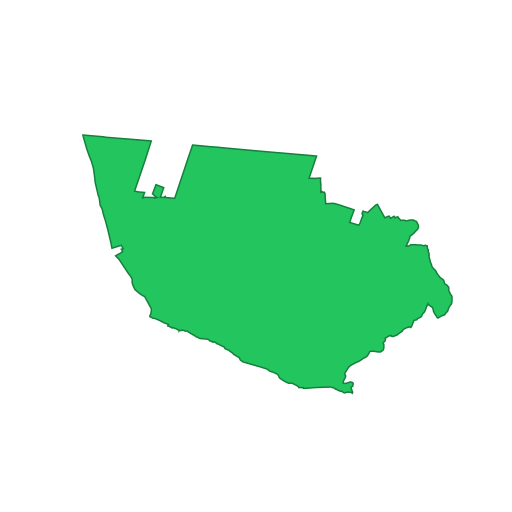 outline of Mihai Viteazu, Cluj, Romania, rotated 197°
{"feature_id": "2599482B370661987664", "entity_name": "Mihai Viteazu", "entity_type": "district", "adm_level": 2, "iso_a3": "ROU", "parent_name": "Romania", "parent_adm1": "Cluj", "projection": "albers", "projection_center": [23.722, 46.539], "detail": "fine", "context": "isolated", "style": "filled", "palette": "green", "viewbox_px": 512, "rotation_deg": 197, "n_neighbors": 0, "source": "geoboundaries", "source_scale": "gbopen_adm2", "svg_char_len": 6038}
<svg xmlns="http://www.w3.org/2000/svg" viewBox="0 0 512 512"><g transform="rotate(197 256 256)"><path d="M456.9,321.1L456.0,319.5L449.2,309.0L445.1,303.4L441.2,298.6L438.5,294.5L437.3,292.6L435.9,289.8L432.8,283.0L431.5,279.7L424.4,267.5L424.0,267.5L423.0,265.7L421.7,263.1L419.9,259.0L416.9,256.0L413.6,250.4L410.1,245.4L405.2,237.5L397.8,224.8L397.2,223.4L396.0,221.3L388.0,226.8L385.1,224.3L386.8,223.1L384.7,221.3L386.8,218.7L388.4,217.2L390.3,215.1L386.5,213.0L386.3,213.0L372.6,201.7L370.4,200.3L368.2,198.2L367.6,197.5L366.7,194.4L366.2,193.6L365.3,192.2L362.7,189.3L361.8,188.4L355.2,185.6L350.6,184.6L340.8,175.1L340.1,173.0L339.9,171.8L339.7,169.6L339.9,168.5L340.0,168.0L339.9,167.1L339.7,166.9L336.3,166.4L335.7,166.4L334.6,166.7L332.4,166.5L329.6,166.2L324.3,165.2L319.8,165.0L320.0,163.3L318.2,163.4L317.2,163.0L316.3,163.0L315.4,162.6L315.1,162.7L314.3,163.2L314.0,163.3L313.0,163.0L311.2,163.1L310.6,162.9L309.7,162.9L308.6,162.4L307.4,162.5L307.4,162.1L307.2,162.4L305.0,163.2L304.4,163.8L302.4,163.5L301.4,163.5L301.0,163.7L300.3,164.1L300.0,164.2L298.9,163.8L298.2,163.4L297.5,163.5L295.8,162.8L293.9,162.5L292.8,162.1L292.2,162.1L291.5,161.8L290.4,161.6L289.6,161.2L288.3,161.3L286.5,160.8L284.6,160.8L284.0,161.0L283.4,161.3L282.6,161.2L282.0,161.5L278.3,162.2L277.0,162.2L275.0,161.2L273.2,161.4L272.6,160.9L271.7,161.1L270.9,161.7L270.3,161.5L269.5,161.5L269.1,161.3L268.8,161.3L268.2,160.8L267.9,160.7L266.0,160.7L263.2,160.1L262.7,160.1L262.1,159.9L261.6,160.0L261.2,159.8L260.6,159.8L260.2,159.6L259.5,159.5L258.8,158.5L258.3,158.3L254.8,157.9L254.3,157.9L252.9,157.2L252.2,157.1L251.4,156.7L251.0,156.7L250.3,156.4L248.5,155.4L242.1,153.8L240.7,152.0L237.5,150.9L219.2,151.2L212.7,151.1L211.2,150.8L209.7,150.0L207.1,149.8L205.9,149.9L202.7,149.5L201.1,149.1L200.3,148.8L199.7,148.4L198.1,146.5L197.2,146.0L192.7,144.7L189.9,144.1L187.7,143.9L186.5,144.1L184.6,144.9L184.1,144.9L183.3,144.7L179.9,144.2L177.9,143.7L177.0,143.2L176.5,142.7L172.4,143.9L172.1,143.3L169.5,144.1L161.1,147.4L151.1,150.9L147.9,151.9L147.1,152.4L145.8,152.6L143.8,152.4L142.7,152.7L142.4,152.7L141.8,152.2L141.2,151.9L140.7,151.9L140.3,152.2L138.6,151.6L138.0,151.5L137.2,151.6L135.9,151.3L135.4,151.4L134.7,151.7L134.3,151.6L133.7,151.5L132.7,151.0L131.4,151.0L130.8,151.2L129.6,152.1L129.0,152.4L126.0,153.3L125.0,153.3L123.8,152.9L123.7,154.0L124.3,154.7L125.2,155.9L126.0,156.7L126.6,158.1L126.6,158.4L126.4,158.7L125.4,159.6L125.4,159.8L125.8,160.8L125.6,161.6L125.6,162.1L126.0,162.8L126.7,163.2L128.7,163.2L129.6,162.8L131.5,161.3L132.6,160.6L134.6,159.9L135.3,159.9L135.8,161.0L135.9,161.7L135.7,162.0L135.6,163.4L135.3,164.5L135.0,166.2L135.2,167.6L136.0,168.4L136.6,169.2L136.8,169.8L136.7,170.4L136.3,171.5L135.3,175.5L134.8,176.8L134.1,178.1L133.4,179.1L130.1,182.5L128.6,183.9L126.8,185.3L125.7,186.5L125.2,187.3L124.0,188.7L123.6,189.4L121.5,191.3L120.7,192.4L120.2,193.4L119.6,195.8L119.4,196.7L119.4,197.6L118.8,198.2L116.5,199.1L113.1,199.7L111.7,199.8L109.1,200.5L108.6,200.9L107.7,202.1L107.0,203.2L106.8,204.3L106.8,204.9L106.9,205.6L107.6,208.0L107.8,208.6L108.8,209.9L108.9,210.4L108.8,210.7L107.9,212.0L107.9,212.5L107.7,213.5L107.8,214.2L108.4,215.2L108.3,215.5L107.2,216.4L105.9,218.0L104.3,219.3L103.7,219.5L103.3,218.8L101.6,219.0L101.0,219.3L100.6,219.7L99.0,220.9L98.2,221.4L97.8,222.2L95.8,224.8L94.2,226.7L94.0,227.9L93.7,228.6L92.6,229.9L91.0,231.4L88.9,232.9L87.7,233.0L87.1,232.8L86.7,233.9L86.5,235.3L86.4,236.9L86.2,238.5L86.1,240.6L83.6,242.0L83.4,242.5L83.3,243.2L83.1,243.5L82.3,244.3L81.1,245.1L80.1,246.6L79.7,249.5L78.9,250.9L78.5,252.0L78.3,253.6L78.2,254.6L78.0,258.0L77.9,258.8L77.6,260.2L77.6,260.5L77.1,259.9L76.6,259.6L75.3,259.4L74.2,258.9L73.5,258.8L72.3,258.4L71.8,257.9L71.0,256.7L70.0,254.9L68.3,253.1L67.2,252.1L66.5,251.8L65.4,250.6L64.4,249.9L64.2,249.9L63.6,250.1L62.4,251.4L61.4,252.6L59.5,254.1L58.6,254.7L58.4,254.9L57.5,257.9L56.7,258.7L56.5,260.5L56.6,261.3L56.3,263.7L56.0,264.9L55.6,266.1L55.2,266.8L55.1,267.6L55.2,269.2L55.4,270.2L56.6,274.2L57.0,274.9L57.3,275.2L59.1,276.6L60.5,278.3L61.2,278.7L61.5,279.2L62.2,281.6L62.6,282.4L62.9,282.7L63.9,283.3L65.1,284.1L66.1,284.2L67.3,284.6L67.9,285.3L69.0,287.1L69.5,287.7L70.6,288.3L73.6,289.2L76.8,291.5L78.9,293.3L79.8,294.4L82.9,296.1L84.4,297.1L85.9,299.3L87.4,301.2L88.1,302.4L88.8,303.2L88.9,303.9L89.7,304.9L90.3,306.0L90.6,307.2L91.3,309.1L92.3,310.2L92.6,310.5L93.0,312.3L93.9,312.9L94.4,313.6L95.3,315.8L95.9,315.5L97.2,315.9L97.8,315.3L98.3,315.0L99.2,314.8L102.2,314.6L104.8,313.7L106.4,313.6L111.2,312.1L112.8,310.2L113.6,309.8L115.3,309.3L115.2,310.1L114.9,310.7L115.1,311.9L114.6,314.0L114.4,315.4L114.5,316.8L114.3,318.3L114.6,319.8L113.2,321.6L111.7,324.0L110.7,326.2L109.4,328.4L108.9,330.9L110.0,333.2L112.6,335.9L116.5,336.4L119.5,335.3L122.4,333.5L123.1,333.4L124.0,333.6L125.3,333.4L126.5,333.1L127.9,332.3L131.2,334.4L131.9,335.0L134.2,333.2L135.3,334.3L135.6,334.4L138.4,331.3L140.2,333.0L140.5,333.1L141.8,332.1L144.0,330.2L155.0,340.9L156.0,340.2L156.8,339.1L157.5,337.8L159.7,334.2L161.9,330.2L166.8,330.2L166.9,328.6L166.7,328.0L167.0,327.9L166.6,327.0L166.3,326.6L165.4,326.1L165.9,323.6L166.1,318.2L166.2,317.2L166.8,315.5L176.2,315.5L176.1,317.0L176.1,321.2L175.9,323.3L175.6,328.8L190.2,329.2L195.4,329.2L197.8,328.9L204.6,326.4L207.2,332.9L208.2,335.9L209.1,336.7L209.3,337.0L210.4,336.6L210.9,336.6L211.8,337.0L211.9,336.8L211.9,336.0L212.6,335.8L213.0,336.7L213.3,338.3L214.7,342.6L214.9,343.7L215.4,344.2L215.6,344.8L215.6,345.3L216.0,345.8L217.0,349.4L219.8,348.5L222.5,347.3L223.5,347.2L228.0,345.8L227.3,369.3L282.5,357.5L318.9,349.9L324.2,348.9L332.0,347.1L349.1,343.6L349.2,339.8L349.6,327.7L349.7,323.3L350.6,287.4L360.1,285.4L360.3,286.3L361.5,285.0L364.6,284.3L364.2,294.4L372.5,295.0L373.1,286.1L373.2,285.3L368.9,283.1L367.7,283.1L369.7,281.7L370.4,282.1L379.4,279.7L381.3,278.5L381.1,284.2L386.1,283.1L390.0,282.6L391.1,282.6L390.5,299.9L390.0,316.9L389.9,325.7L389.8,335.4L434.6,325.6L436.3,325.5L456.9,321.1Z" fill="#22c55e" stroke="#15803d" stroke-width="1.5"/></g></svg>